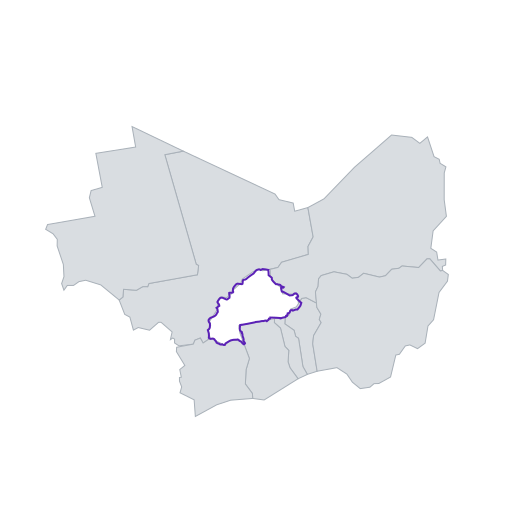 Burkina Faso shown with its bordering countries, rotated 350°
{"feature_id": "BFA", "entity_name": "Burkina Faso", "entity_type": "country or territory", "adm_level": 0, "iso_a3": "BFA", "parent_name": "Africa", "parent_adm1": "", "projection": "mercator", "projection_center": [-1.603, 12.251], "detail": "fine", "context": "with_neighbors", "style": "outline", "palette": "violet", "viewbox_px": 512, "rotation_deg": 350, "n_neighbors": 8, "source": "natural_earth", "source_scale": "50m", "svg_char_len": 6935}
<svg xmlns="http://www.w3.org/2000/svg" viewBox="0 0 512 512"><g transform="rotate(350 256 256)"><path d="M122.4,307.7L121.2,294.3L116.6,290.7L113.6,275.6L117.8,273.3L119.8,265.8L132.3,269.0L139.2,266.5L144.0,267.4L145.8,264.5L195.1,264.3L197.8,255.4L195.7,253.8L183.8,140.4L202.6,140.1L285.5,198.3L288.4,204.5L301.8,210.3L301.9,218.6L315.5,217.3L315.6,247.1L308.9,255.6L307.8,263.5L280.1,266.6L275.6,271.1L259.9,271.7L256.8,269.3L250.0,271.1L238.5,276.3L236.2,280.3L226.7,286.0L225.0,289.2L219.9,291.8L213.9,290.1L210.5,293.2L208.7,301.8L199.0,312.2L199.3,316.5L195.9,321.8L196.7,329.0L188.8,332.5L186.9,327.1L181.2,328.3L179.0,331.9L164.5,331.1L160.7,327.5L161.4,323.8L159.8,322.3L157.2,323.5L160.2,316.2L151.0,304.8L148.5,304.4L138.3,310.6L127.6,306.0L122.4,307.7Z" fill="#d9dde1" stroke="#a8b0b8" stroke-width="1"/><path d="M53.5,193.2L56.2,188.8L104.3,188.9L102.0,169.7L105.0,162.9L116.5,161.7L116.1,127.1L156.4,127.8L156.4,107.0L202.6,140.1L183.8,140.4L195.7,253.8L197.8,255.4L195.1,264.3L145.8,264.5L144.0,267.4L139.2,266.5L132.3,269.0L119.8,265.8L117.8,273.3L113.6,275.6L98.1,257.5L84.1,250.3L77.2,250.5L71.2,253.3L65.1,252.2L60.9,256.3L59.8,249.4L63.3,243.0L64.8,230.9L61.9,211.6L63.2,205.1L60.0,198.9L53.5,193.2Z" fill="#d9dde1" stroke="#a8b0b8" stroke-width="1"/><path d="M296.2,380.1L286.0,381.5L283.0,373.0L283.6,344.5L281.1,342.0L280.6,335.8L272.6,327.8L274.2,321.2L278.4,319.8L280.9,314.3L286.9,313.1L293.7,305.7L298.1,305.7L307.5,312.9L307.0,317.1L309.8,324.5L307.3,329.5L308.6,332.9L298.9,344.4L296.6,352.3L296.2,380.1Z" fill="#d9dde1" stroke="#a8b0b8" stroke-width="1"/><path d="M445.6,168.5L448.6,189.1L453.2,192.6L453.4,196.7L458.5,201.2L455.8,206.9L451.1,233.2L450.4,250.0L434.8,262.0L429.5,278.8L434.6,283.5L434.5,291.6L442.4,291.9L441.2,297.8L437.7,298.6L437.3,302.6L435.0,302.8L426.7,289.0L423.9,288.5L414.2,295.6L398.1,291.2L394.6,292.9L387.4,292.6L380.1,297.9L373.9,298.2L359.0,291.7L353.2,294.8L346.9,294.6L342.3,289.8L330.0,285.1L316.8,286.6L313.6,289.4L311.9,296.6L308.3,301.7L307.5,312.9L298.1,305.7L293.7,305.7L289.6,309.4L289.9,300.8L275.7,297.9L275.3,291.8L268.4,283.6L266.8,277.8L267.7,271.6L275.6,271.1L280.1,266.6L307.8,263.5L308.9,255.6L315.6,247.1L315.5,217.3L332.9,211.5L368.4,185.7L410.5,160.4L430.0,166.2L436.9,173.5L445.6,168.5Z" fill="#d9dde1" stroke="#a8b0b8" stroke-width="1"/><path d="M296.2,380.1L296.6,352.3L298.9,344.4L308.6,332.9L307.3,329.5L309.8,324.5L307.0,317.1L308.3,301.7L311.9,296.6L313.6,289.4L316.8,286.6L330.0,285.1L342.3,289.8L346.9,294.6L353.2,294.8L359.0,291.7L373.9,298.2L380.1,297.9L387.4,292.6L394.6,292.9L398.1,291.2L414.2,295.6L423.9,288.5L426.7,289.0L435.0,302.8L437.3,302.6L442.2,307.6L440.2,314.0L429.9,323.7L419.8,349.6L413.2,354.8L407.4,371.2L399.0,375.3L392.1,370.3L387.4,370.5L380.1,377.7L376.5,377.8L367.5,398.5L354.8,402.9L350.1,402.2L345.4,405.0L335.6,404.7L329.0,397.0L325.0,388.1L316.3,380.0L296.2,380.1Z" fill="#d9dde1" stroke="#a8b0b8" stroke-width="1"/><path d="M274.2,321.2L272.6,327.8L280.6,335.8L281.1,342.0L283.6,344.5L283.0,373.0L286.0,381.5L276.1,384.2L270.1,372.0L269.2,365.8L271.9,354.7L268.8,350.1L267.6,331.3L262.5,324.8L263.4,320.9L274.2,321.2Z" fill="#d9dde1" stroke="#a8b0b8" stroke-width="1"/><path d="M263.4,320.9L262.5,324.8L267.6,331.3L268.8,350.1L271.9,354.7L269.2,365.8L270.1,372.0L276.1,384.2L239.0,399.2L228.0,395.7L228.6,390.8L223.3,380.2L226.5,366.2L231.7,355.8L226.7,328.7L227.0,321.6L263.4,320.9Z" fill="#d9dde1" stroke="#a8b0b8" stroke-width="1"/><path d="M162.0,332.1L179.0,331.9L181.2,328.3L186.9,327.1L188.8,332.5L196.7,329.0L209.9,338.5L214.2,335.4L220.0,334.9L228.4,338.1L231.7,355.8L226.5,366.2L223.3,380.2L228.6,390.8L228.0,395.7L206.0,393.6L191.5,395.7L168.4,403.5L170.1,386.9L157.4,377.5L160.1,372.0L158.9,366.0L159.5,362.4L161.4,362.4L161.2,354.6L166.9,351.4L161.0,336.3L162.0,332.1Z" fill="#d9dde1" stroke="#a8b0b8" stroke-width="1"/><path d="M274.2,321.3L271.0,321.4L269.9,321.7L269.2,321.7L269.1,321.3L265.1,320.3L262.3,319.7L259.4,319.1L259.3,319.7L258.9,320.1L258.3,320.1L257.8,320.0L257.6,320.5L257.1,321.1L256.4,321.4L255.8,321.8L255.4,322.1L255.2,322.1L254.5,321.3L253.6,321.2L252.0,321.4L251.3,321.2L250.3,321.1L248.0,321.2L244.2,320.9L243.6,321.1L239.8,321.2L235.7,321.3L232.3,321.3L229.3,321.3L229.3,321.2L228.4,321.2L228.3,321.5L227.4,324.6L227.3,326.3L227.8,327.3L228.3,328.0L228.8,328.3L228.9,328.7L228.4,329.1L228.5,329.6L229.0,330.2L229.1,330.7L228.9,331.3L228.9,332.6L229.3,334.8L229.3,336.2L229.0,336.8L229.1,337.9L229.9,339.5L230.0,340.1L229.7,340.4L229.1,340.8L228.5,340.8L227.8,339.9L227.5,339.5L226.9,338.5L226.4,337.6L225.7,337.2L225.1,336.8L224.3,335.6L223.5,335.0L222.7,335.1L221.5,334.9L219.1,334.6L216.6,334.7L215.5,335.0L214.4,335.4L211.8,336.4L210.7,336.9L209.9,338.1L209.0,338.1L208.1,337.7L207.5,337.1L206.3,337.2L205.1,336.7L204.0,335.7L203.1,335.3L202.1,334.5L201.8,333.1L201.1,332.1L200.5,330.7L199.6,330.0L198.5,329.7L197.0,329.8L196.0,329.2L195.3,328.4L195.5,327.6L195.8,326.6L195.9,325.6L196.1,324.0L195.9,322.0L195.7,320.6L196.5,320.1L197.4,319.5L198.0,318.6L198.6,316.5L198.9,314.6L198.7,314.0L198.4,313.4L198.1,312.6L198.0,311.6L198.2,310.8L198.9,310.0L199.8,309.4L200.4,309.0L202.1,308.7L204.2,308.2L205.4,307.7L206.3,307.1L206.8,306.7L207.3,305.8L208.1,305.1L208.7,304.4L208.8,302.4L208.8,301.3L208.3,300.7L208.1,300.2L211.2,298.7L211.2,297.6L210.8,296.4L210.2,295.4L210.0,294.6L210.8,293.6L211.6,292.8L212.1,292.2L213.4,291.2L214.6,291.0L215.8,291.3L219.2,293.6L219.8,293.8L220.5,293.6L221.4,293.0L222.6,292.5L223.0,291.0L223.0,288.8L223.2,287.7L223.8,287.6L225.8,288.0L226.3,288.0L226.9,287.9L227.3,287.5L227.3,286.8L227.2,286.1L227.8,284.0L229.0,282.5L231.4,280.5L232.1,280.2L232.9,280.0L237.2,281.3L237.9,281.0L238.9,277.6L240.0,277.3L241.4,277.3L242.3,277.0L242.8,276.7L244.8,275.5L248.3,273.8L250.2,273.0L250.6,272.8L252.0,271.5L253.8,270.1L254.9,269.8L256.5,269.7L257.5,270.0L257.8,270.4L258.1,270.6L260.2,270.0L263.2,270.9L265.8,271.9L265.6,272.5L265.6,273.5L265.4,275.1L265.1,277.1L266.2,278.4L267.5,279.8L267.8,280.3L267.5,281.7L267.7,282.5L268.4,283.8L269.5,285.5L270.7,287.2L271.5,287.4L272.3,287.5L272.8,287.9L273.5,288.2L274.2,288.3L274.8,288.7L275.1,289.1L275.6,290.2L277.0,290.9L277.9,291.5L277.5,291.9L276.4,291.8L275.3,291.5L275.1,292.0L275.1,293.9L275.3,295.5L275.5,295.7L276.6,296.0L279.2,298.1L281.6,300.1L282.3,300.7L283.7,300.8L285.1,300.9L285.7,300.7L287.2,299.7L287.9,299.6L288.6,299.7L289.0,299.8L289.7,300.6L290.3,301.9L290.5,302.8L290.4,303.3L290.2,303.5L289.0,303.7L288.5,303.9L288.4,304.1L288.6,304.8L288.8,305.1L290.1,306.9L291.9,309.3L292.5,309.9L292.2,310.6L291.2,312.5L290.5,313.3L287.5,315.9L285.9,315.6L282.8,316.2L282.3,315.6L281.6,315.5L280.7,315.6L280.3,315.8L280.2,316.1L279.9,316.4L279.3,317.5L278.9,317.7L278.3,317.9L277.6,317.9L277.2,318.0L277.2,318.5L277.1,319.0L276.6,319.2L276.4,319.7L276.4,320.2L276.2,320.4L275.6,320.3L275.2,320.2L274.9,320.8L274.5,321.3L274.2,321.3Z" fill="none" stroke="#5b21b6" stroke-width="2"/></g></svg>